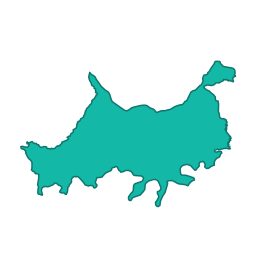 Litsoetse, Thaba-Tseka, Lesotho, rotated 97°
{"feature_id": "5366337B64574994028715", "entity_name": "Litsoetse", "entity_type": "district", "adm_level": 2, "iso_a3": "LSO", "parent_name": "Lesotho", "parent_adm1": "Thaba-Tseka", "projection": "mercator", "projection_center": [28.676, -29.707], "detail": "fine", "context": "isolated", "style": "filled", "palette": "teal", "viewbox_px": 256, "rotation_deg": 97, "n_neighbors": 0, "source": "geoboundaries", "source_scale": "gbopen_adm2", "svg_char_len": 5819}
<svg xmlns="http://www.w3.org/2000/svg" viewBox="0 0 256 256"><g transform="rotate(97 128 128)"><path d="M77.7,172.8L82.1,173.2L85.1,172.1L88.2,169.9L90.1,169.2L90.9,167.3L91.7,166.5L92.8,166.4L93.3,164.9L94.2,165.0L95.0,164.6L96.6,164.5L96.9,164.0L96.7,163.6L96.9,163.1L98.4,162.5L99.2,163.7L100.0,163.7L103.5,165.3L104.0,166.3L105.4,167.2L105.8,167.3L106.7,166.9L108.9,167.7L110.0,168.9L111.2,169.3L113.9,171.5L115.9,171.8L116.3,172.3L120.0,172.7L121.2,173.5L122.3,173.4L123.2,174.1L124.8,176.1L126.9,176.7L127.2,177.6L128.3,178.8L129.1,178.5L129.7,179.0L130.8,179.2L132.2,179.0L134.3,179.4L135.6,180.9L136.2,182.0L136.8,182.2L137.9,181.7L138.4,181.8L139.6,182.5L140.3,183.8L142.1,184.4L142.7,184.3L143.2,184.7L143.4,185.7L144.6,187.2L145.7,185.9L146.8,186.3L147.9,187.6L148.2,188.7L148.7,189.0L150.0,191.7L150.3,191.9L151.3,191.7L153.3,193.5L153.9,193.5L154.4,194.5L154.2,195.6L155.2,196.8L156.8,197.8L157.6,199.1L157.7,200.4L157.4,201.3L158.4,202.6L158.0,203.7L158.2,205.4L157.9,206.2L156.9,206.4L156.5,207.7L156.8,209.5L158.0,212.1L156.8,213.8L155.5,214.8L155.6,216.0L155.3,216.6L154.5,217.0L154.7,218.5L154.4,220.1L153.3,221.3L153.5,222.4L154.2,223.1L154.8,224.8L154.8,225.5L154.2,226.0L154.2,226.4L154.7,226.7L155.9,226.2L156.0,225.1L156.4,224.1L158.7,224.8L159.1,225.3L159.5,227.4L159.1,229.8L159.2,231.3L159.5,232.0L161.4,231.5L162.0,228.5L163.3,227.0L164.5,226.4L165.4,226.5L166.4,225.7L168.9,224.2L170.3,223.0L172.1,220.4L173.9,219.1L179.9,218.4L180.9,218.8L181.4,218.6L182.3,217.6L183.1,215.5L183.4,215.0L184.3,214.7L184.7,214.0L184.4,213.0L184.5,211.8L185.3,210.7L186.8,210.8L187.9,210.5L195.3,210.8L197.9,209.5L199.6,209.9L203.8,209.5L204.5,208.8L204.5,207.8L205.2,205.1L204.6,204.8L200.7,206.3L199.1,206.4L197.3,205.6L196.2,203.5L196.1,200.5L195.6,199.1L193.2,195.1L191.7,194.1L191.4,193.0L192.5,190.8L193.3,189.9L193.7,187.7L194.9,186.7L195.5,186.3L199.3,188.0L200.1,187.7L200.5,186.5L200.3,183.3L200.7,182.6L201.5,182.1L201.3,181.1L198.8,180.4L194.2,180.4L193.2,179.6L191.6,179.3L189.3,177.8L187.6,177.5L186.2,177.9L185.1,177.7L183.1,176.1L182.7,175.4L182.8,173.3L182.3,172.7L182.3,171.8L184.3,169.1L187.5,165.5L189.7,163.6L190.4,160.1L189.6,158.8L189.6,156.0L190.1,155.4L191.2,154.9L191.6,154.0L191.5,153.6L190.2,152.1L189.1,151.8L188.3,151.9L187.2,153.1L186.1,153.8L181.3,152.9L181.0,152.7L180.6,150.2L179.7,147.6L178.3,146.9L176.0,145.2L174.6,143.6L172.4,139.8L171.3,139.1L170.6,139.5L169.4,138.7L168.5,136.3L167.6,135.5L168.0,133.9L171.2,131.9L171.6,130.9L172.7,129.7L171.6,126.7L170.5,125.4L170.0,122.5L170.9,119.3L174.0,116.7L174.3,115.6L174.0,108.8L175.3,106.8L176.0,106.4L178.6,107.1L179.5,108.1L182.5,114.3L184.3,115.4L189.4,115.2L190.6,115.5L192.7,117.2L196.1,119.0L198.2,118.9L199.2,118.4L199.7,117.6L199.6,116.4L199.1,116.0L197.2,115.3L196.3,114.5L193.0,107.7L189.2,105.0L186.7,103.8L182.1,104.1L180.7,103.6L178.2,101.2L176.1,96.8L175.8,94.5L176.0,93.2L176.7,92.2L177.8,91.1L183.4,87.9L184.5,88.0L185.8,88.5L186.8,89.4L187.7,91.0L189.3,90.9L191.9,89.2L193.0,89.1L196.6,90.5L198.1,91.5L199.0,91.6L201.1,91.0L202.1,89.9L202.3,88.4L200.9,86.9L197.3,86.9L195.5,86.6L191.7,85.4L187.3,83.3L178.5,81.9L177.6,82.1L176.9,82.8L176.2,82.7L175.3,80.9L174.8,77.4L177.2,71.5L177.3,63.8L178.0,61.9L177.7,61.2L175.7,60.4L173.4,58.6L172.2,57.2L171.6,55.8L170.3,56.0L169.4,56.9L168.0,63.7L167.9,66.2L168.3,68.4L167.5,69.9L165.5,70.7L164.5,70.7L162.5,71.3L161.1,71.0L159.4,70.0L158.2,68.5L156.9,65.0L157.7,61.2L161.6,56.7L161.7,55.9L161.0,55.1L159.3,54.4L157.4,52.8L156.1,52.8L155.1,53.2L154.0,52.9L152.8,52.0L152.6,50.7L152.1,49.7L152.4,48.7L154.2,47.3L155.0,46.9L156.8,47.2L157.7,46.7L158.5,45.2L158.3,43.4L156.2,41.0L154.7,38.8L154.5,37.9L151.6,38.2L149.2,37.6L147.1,36.1L146.0,34.1L145.2,33.5L142.1,32.7L141.4,31.9L140.2,32.4L139.9,33.2L140.2,35.2L141.1,37.0L141.0,38.7L140.1,39.4L139.2,39.0L138.3,36.8L138.4,35.1L136.6,30.0L136.1,27.5L136.5,25.1L136.0,24.0L135.0,24.8L134.3,24.8L134.5,25.1L134.3,25.9L133.9,25.9L133.6,26.7L133.2,26.7L132.6,26.0L132.5,26.8L131.8,26.9L130.7,26.2L130.6,27.0L130.1,27.0L129.9,26.9L130.2,26.5L129.7,26.3L129.5,25.8L128.3,25.7L128.0,25.0L127.3,25.7L127.2,25.0L126.3,25.5L126.0,24.8L125.6,25.4L125.1,25.5L125.1,24.8L124.7,24.8L123.8,25.6L123.9,26.3L123.1,26.5L122.8,27.1L122.1,27.3L121.5,28.3L120.9,28.7L120.8,29.4L119.7,29.7L119.2,30.4L118.8,30.1L118.3,30.3L118.2,30.6L117.1,29.9L116.7,30.5L117.0,31.3L116.1,30.9L116.0,30.6L116.2,30.2L115.8,30.0L113.6,31.4L113.3,31.2L113.9,30.2L113.6,29.8L112.9,30.3L112.7,31.2L112.0,30.3L111.2,30.9L110.6,31.0L110.1,30.4L109.4,31.3L108.2,31.4L108.0,32.1L107.6,32.3L107.9,32.9L107.0,34.0L107.3,34.8L107.2,36.5L106.7,37.9L106.3,38.3L102.7,39.2L100.6,40.3L92.5,41.1L91.8,41.7L90.5,41.7L90.3,42.0L90.3,43.8L89.9,44.2L88.9,44.8L86.6,45.1L84.5,47.2L83.2,49.5L81.4,51.9L80.5,54.9L78.8,57.3L78.0,57.7L77.6,57.7L76.9,56.9L75.8,54.9L75.6,54.1L75.7,51.1L75.5,49.7L74.4,47.6L72.5,46.2L72.3,45.5L72.2,43.2L71.1,41.7L70.3,40.9L69.9,39.8L69.3,39.2L68.3,39.0L68.4,37.2L67.8,36.5L68.6,35.2L68.5,34.7L69.0,33.9L68.8,33.6L68.4,33.6L69.1,30.0L68.7,29.8L69.1,29.2L68.6,29.1L66.6,30.1L65.0,29.8L63.5,27.7L62.9,27.8L62.7,28.7L62.2,29.0L60.7,28.4L58.0,28.9L56.8,29.8L55.9,31.2L55.3,40.8L52.7,44.1L50.9,44.9L50.8,45.3L51.1,48.9L51.5,49.6L52.6,50.1L53.7,50.2L57.8,52.5L60.0,53.5L61.4,53.8L63.3,55.5L64.5,55.5L65.2,56.0L66.3,59.0L67.0,59.4L69.6,59.9L72.6,59.2L76.3,60.5L77.1,61.8L82.2,65.7L83.1,68.0L84.8,70.0L93.7,73.0L94.8,74.8L97.5,76.2L98.5,77.8L98.5,78.6L99.3,80.6L101.1,84.1L104.4,88.3L105.3,91.2L106.1,92.5L107.0,97.4L109.0,101.1L108.8,102.0L107.1,103.7L106.2,105.2L105.3,108.7L103.4,112.1L103.3,114.5L104.1,118.1L106.5,124.6L107.6,126.9L110.1,129.6L111.2,131.4L110.8,133.7L103.8,146.8L101.6,148.2L97.0,150.2L94.9,151.7L93.1,155.2L90.0,159.6L83.7,165.3L80.9,167.3L79.1,171.2L78.0,172.1L77.7,172.8Z" fill="#14b8a6" stroke="#0f766e" stroke-width="1.5"/></g></svg>